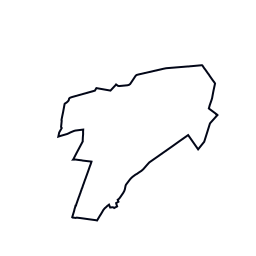 Baloži, Kekavas, Latvia (Equal Earth projection), rotated 145°
{"feature_id": "27541924B31221481282292", "entity_name": "Baloži", "entity_type": "district", "adm_level": 2, "iso_a3": "LVA", "parent_name": "Latvia", "parent_adm1": "Kekavas", "projection": "equal_earth", "projection_center": [24.137, 56.87], "detail": "fine", "context": "isolated", "style": "outline", "palette": "ink", "viewbox_px": 256, "rotation_deg": 145, "n_neighbors": 0, "source": "geoboundaries", "source_scale": "gbopen_adm2", "svg_char_len": 2725}
<svg xmlns="http://www.w3.org/2000/svg" viewBox="0 0 256 256"><g transform="rotate(145 128 128)"><path d="M47.6,87.2L47.8,87.9L47.4,87.9L47.7,88.9L50.6,97.6L49.4,98.6L48.1,99.7L46.7,100.7L43.8,102.8L42.0,104.2L40.9,105.3L40.4,105.8L36.5,109.6L31.2,114.5L31.1,115.6L31.2,118.7L31.2,121.6L31.2,123.9L31.1,125.7L31.2,126.5L31.2,132.1L31.3,132.6L31.3,132.8L31.2,136.6L31.4,137.0L31.9,137.3L41.0,142.5L41.3,142.7L42.6,143.4L43.0,143.6L43.7,144.1L53.1,149.6L62.5,155.1L65.0,156.2L88.9,165.9L90.6,166.5L91.7,166.4L93.1,165.9L94.3,165.4L101.0,162.8L102.6,162.8L104.1,163.4L111.3,167.5L112.1,168.4L112.8,170.5L113.4,170.3L120.9,168.7L131.0,178.8L131.5,178.6L133.7,177.6L134.0,177.7L156.2,185.5L158.0,186.0L158.7,186.0L159.3,185.9L160.6,184.8L161.2,184.5L162.1,184.3L163.6,184.1L165.8,184.2L166.1,184.1L172.1,178.2L175.2,175.3L178.0,172.6L178.1,172.0L182.1,167.4L182.3,167.1L182.3,166.0L186.9,163.8L190.0,160.9L187.7,160.2L181.3,158.0L179.8,157.7L177.6,157.4L174.0,156.6L172.6,156.1L165.6,152.4L166.8,150.9L168.3,148.7L170.3,146.3L172.6,143.3L172.9,143.0L172.9,142.9L184.7,136.9L190.8,133.7L191.1,133.6L189.0,132.2L187.4,130.7L184.4,128.0L183.9,127.4L180.1,124.0L177.5,121.7L177.2,121.4L178.2,120.6L180.0,119.3L180.8,118.8L183.3,117.0L184.4,116.2L185.1,115.7L189.2,112.8L189.8,112.4L190.5,111.9L192.0,110.8L192.4,110.6L194.2,109.3L195.6,108.3L196.1,107.9L196.9,107.4L197.5,107.0L198.3,106.4L199.7,105.3L200.3,105.0L200.9,104.6L201.9,103.8L202.3,103.6L203.2,102.9L203.5,102.7L204.4,102.0L205.2,101.5L205.3,101.4L205.5,101.3L205.7,101.2L206.1,100.8L206.5,100.5L207.0,100.2L207.9,99.6L208.6,99.1L209.3,98.6L210.1,98.0L210.3,97.9L210.7,97.6L211.4,97.1L212.2,96.5L213.5,95.6L213.8,95.4L215.1,94.3L215.5,94.5L215.6,94.4L216.1,94.0L216.9,93.3L218.0,92.5L218.7,91.9L219.1,91.5L219.6,91.1L219.8,90.9L224.9,86.9L224.8,86.5L224.5,86.2L222.7,84.6L222.4,84.3L221.4,84.0L220.0,82.7L219.5,82.3L216.9,79.9L212.5,75.8L207.3,71.0L206.4,70.0L205.7,70.3L200.8,72.5L200.6,72.6L200.4,72.6L198.4,73.5L197.5,73.9L195.2,75.0L193.0,75.6L191.7,75.7L190.4,75.9L190.0,76.0L187.5,76.1L187.7,75.1L187.9,74.6L188.0,73.9L188.2,73.1L187.6,72.7L186.9,72.4L186.5,72.2L186.2,72.0L185.3,71.1L185.2,70.4L181.9,70.0L181.4,71.6L181.3,72.0L181.2,72.1L180.8,73.3L178.1,73.1L177.7,74.6L177.6,75.1L177.2,75.1L175.8,75.2L174.2,75.7L169.1,77.6L167.1,78.6L165.5,79.8L164.9,80.4L163.1,82.1L162.2,82.7L155.7,84.8L154.4,85.1L152.3,85.4L151.7,85.4L148.6,85.5L147.2,85.3L144.1,85.3L141.6,85.2L139.0,85.5L134.6,86.6L132.5,87.1L130.3,87.6L103.1,87.6L102.3,87.6L92.8,87.7L82.8,87.7L82.8,74.2L82.8,73.7L82.8,70.5L82.8,70.3L80.4,71.0L75.6,72.4L73.5,73.0L65.4,79.2L62.7,81.3L61.0,82.6L58.4,84.6L57.7,84.9L56.4,85.2L48.7,87.0L47.6,87.2Z" fill="none" stroke="#020617" stroke-width="2"/></g></svg>